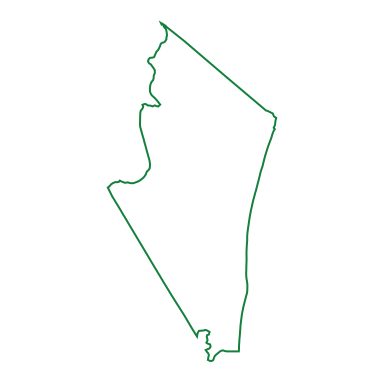 the district of Conceição da Barra, Espírito Santo, Brazil
{"feature_id": "56859067B74705866217996", "entity_name": "Conceição da Barra", "entity_type": "district", "adm_level": 2, "iso_a3": "BRA", "parent_name": "Brazil", "parent_adm1": "Espírito Santo", "projection": "equal_earth", "projection_center": [-39.838, -18.451], "detail": "fine", "context": "isolated", "style": "outline", "palette": "green", "viewbox_px": 384, "rotation_deg": 0, "n_neighbors": 0, "source": "geoboundaries", "source_scale": "gbopen_adm2", "svg_char_len": 3212}
<svg xmlns="http://www.w3.org/2000/svg" viewBox="0 0 384 384"><path d="M163.6,24.6L163.8,26.7L164.9,27.9L166.1,29.5L166.7,32.5L167.0,35.6L166.4,37.4L166.4,39.3L165.0,41.6L163.6,42.5L162.2,42.7L160.8,43.8L160.1,45.9L159.0,48.4L158.0,50.1L156.5,51.6L155.1,54.7L154.1,57.1L152.5,57.6L149.9,57.9L148.6,59.3L148.0,61.4L149.3,63.5L150.9,64.4L151.9,65.9L153.2,67.6L154.8,70.1L154.8,73.2L153.8,75.4L153.6,78.4L153.1,80.1L151.5,82.0L150.6,84.0L150.2,85.8L149.9,88.4L150.0,91.5L151.0,94.3L152.5,96.0L154.1,97.4L155.5,98.8L156.8,100.3L158.5,102.4L160.2,104.6L158.2,106.5L156.3,106.0L154.7,105.4L152.6,106.4L151.1,105.8L149.2,105.5L147.5,105.4L146.3,104.3L144.6,104.0L142.5,104.8L143.2,106.7L142.4,108.8L140.8,110.6L140.3,113.0L140.2,115.7L140.1,118.2L140.1,120.8L140.0,123.7L140.1,126.5L140.9,129.4L141.5,131.5L142.0,133.5L142.5,135.2L143.0,137.0L143.7,139.3L144.3,141.7L145.1,144.5L145.8,147.0L146.6,150.1L147.1,151.9L147.6,153.7L148.1,155.5L149.2,159.3L149.6,161.2L150.0,164.7L149.7,168.4L148.4,170.2L146.8,171.7L145.8,174.4L144.4,176.5L143.2,177.9L141.8,178.9L140.4,180.1L138.8,181.1L137.2,181.8L135.0,182.6L133.1,183.2L130.6,183.2L127.8,182.4L124.9,182.8L122.8,182.0L121.2,181.4L119.8,180.6L118.8,181.9L117.0,182.2L115.3,182.1L113.1,183.0L111.1,184.3L109.4,186.4L107.8,187.5L112.1,196.2L119.5,208.3L123.4,215.0L124.5,216.7L129.4,225.0L132.1,229.5L139.2,241.4L147.9,255.9L149.4,258.5L150.5,260.4L160.8,277.5L162.8,280.9L172.7,297.1L184.6,315.9L191.9,328.3L197.0,336.5L197.5,333.5L198.9,330.9L201.1,330.7L203.7,330.5L205.3,329.9L207.2,330.5L209.6,332.0L208.9,334.5L207.2,335.1L206.7,336.9L207.3,338.7L207.5,340.6L206.4,342.7L207.8,343.7L210.1,344.4L210.6,346.7L209.4,348.5L207.8,349.1L205.7,350.0L207.0,352.0L208.2,353.2L208.9,355.1L208.4,357.0L207.9,359.9L209.7,360.8L211.6,361.0L213.2,360.1L213.9,358.2L214.7,356.1L215.9,354.9L217.6,353.4L218.8,352.5L219.9,351.5L221.7,350.6L223.1,350.4L225.4,351.2L227.4,351.4L233.7,351.4L237.0,351.4L238.8,351.4L239.0,349.3L239.0,347.2L239.1,344.6L239.3,341.9L239.4,339.3L239.7,336.6L239.9,334.2L240.1,331.7L240.3,328.6L240.4,326.8L240.6,324.7L241.0,321.4L241.3,319.0L241.6,316.6L241.9,314.5L242.4,311.7L242.8,309.8L243.3,307.3L243.7,305.6L244.3,303.3L244.8,301.2L245.4,299.1L245.9,296.8L246.7,294.2L247.2,291.8L247.3,289.3L247.4,285.5L247.2,282.8L246.8,280.3L246.4,277.8L246.2,274.9L246.2,272.3L246.3,270.3L246.3,268.1L246.4,265.0L246.5,261.7L246.6,258.8L246.5,255.6L246.5,251.7L246.6,249.3L246.9,243.9L247.2,240.6L247.2,238.7L247.2,236.3L247.4,233.3L247.7,230.8L248.1,227.8L248.5,225.2L248.9,222.4L249.5,218.4L249.8,216.4L250.3,213.9L250.7,211.5L251.1,209.7L251.7,207.2L252.5,203.4L253.1,200.9L253.8,198.2L254.6,195.3L255.2,192.9L256.1,190.0L256.7,187.5L257.2,185.8L257.6,183.9L258.3,181.4L258.9,179.0L259.6,176.3L260.2,173.6L260.8,171.4L261.6,168.9L262.3,167.0L262.9,164.7L263.6,161.8L265.0,156.3L265.9,153.4L266.8,150.5L267.5,148.2L268.5,145.4L269.4,142.9L270.0,141.2L270.9,139.0L271.6,137.0L272.2,134.8L272.8,133.0L273.8,130.6L274.8,129.2L273.7,127.8L275.0,125.1L275.4,121.2L276.2,117.8L274.0,116.5L272.8,113.5L267.4,110.8L266.0,110.5L224.7,75.6L201.3,55.6L184.1,40.9L163.6,24.6ZM160.9,23.0L161.7,24.7L163.6,24.6L160.9,23.0Z" fill="none" stroke="#15803d" stroke-width="2"/></svg>